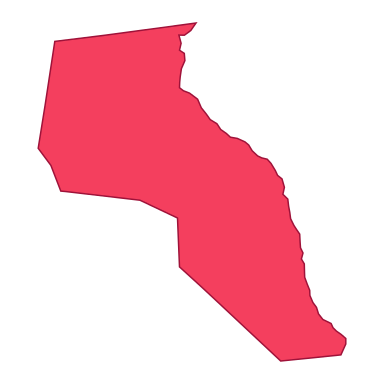 Hugo Napoleão, Piauí, Brazil (orthographic projection)
{"feature_id": "56859067B35812474417973", "entity_name": "Hugo Napoleão", "entity_type": "district", "adm_level": 2, "iso_a3": "BRA", "parent_name": "Brazil", "parent_adm1": "Piauí", "projection": "orthographic", "projection_center": [-42.465, -6.043], "detail": "fine", "context": "isolated", "style": "filled", "palette": "rose", "viewbox_px": 384, "rotation_deg": 0, "n_neighbors": 0, "source": "geoboundaries", "source_scale": "gbopen_adm2", "svg_char_len": 1031}
<svg xmlns="http://www.w3.org/2000/svg" viewBox="0 0 384 384"><path d="M54.8,41.4L45.0,105.9L38.2,148.3L50.9,165.4L60.8,191.1L65.4,191.5L139.9,200.2L177.5,218.0L179.5,266.9L201.8,287.2L216.4,300.8L280.7,361.0L340.9,354.9L345.8,344.0L345.8,338.5L341.1,334.4L336.4,331.1L333.0,327.7L331.1,323.5L322.9,319.5L318.5,313.9L316.5,307.4L312.9,302.5L309.9,295.5L309.7,290.3L307.2,284.1L304.7,277.3L304.5,271.8L304.3,263.9L301.4,259.0L303.0,253.0L300.5,247.8L300.1,242.2L299.7,234.1L296.6,229.6L293.9,225.4L290.6,218.7L289.8,212.5L288.6,206.1L287.8,199.1L282.9,194.3L284.4,187.3L282.0,178.9L277.6,175.4L275.3,170.5L271.0,163.4L267.2,159.2L261.8,157.9L257.6,155.9L252.2,150.8L248.7,145.0L245.0,141.9L237.3,138.4L230.4,137.2L226.4,133.5L220.7,129.5L217.0,123.8L210.2,119.6L206.4,114.2L201.3,107.8L197.6,99.2L189.5,93.1L183.3,90.7L179.5,87.7L179.7,82.3L180.2,76.9L181.4,68.7L184.9,60.6L184.3,53.4L179.5,50.2L181.1,43.3L178.9,35.1L184.4,35.2L190.8,30.5L196.0,23.0L105.2,35.2L54.8,41.4Z" fill="#f43f5e" stroke="#9f1239" stroke-width="1.5"/></svg>